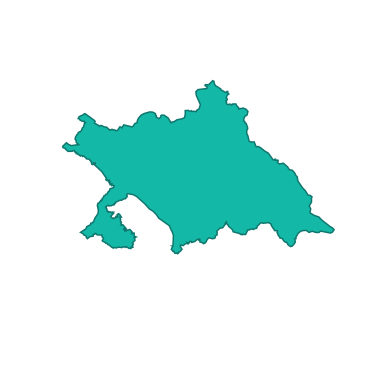 Bandung, Jawa Barat, Indonesia, rotated 218°
{"feature_id": "22746128B73297609500416", "entity_name": "Bandung", "entity_type": "district", "adm_level": 2, "iso_a3": "IDN", "parent_name": "Indonesia", "parent_adm1": "Jawa Barat", "projection": "mercator", "projection_center": [107.664, -7.063], "detail": "fine", "context": "isolated", "style": "filled", "palette": "teal", "viewbox_px": 384, "rotation_deg": 218, "n_neighbors": 0, "source": "geoboundaries", "source_scale": "gbopen_adm2", "svg_char_len": 6106}
<svg xmlns="http://www.w3.org/2000/svg" viewBox="0 0 384 384"><g transform="rotate(218 192 192)"><path d="M255.0,91.6L252.3,92.0L250.7,91.6L248.5,92.2L247.2,91.1L245.7,90.8L245.0,93.9L242.7,96.3L243.7,98.0L242.7,98.6L242.5,100.1L240.3,99.8L236.5,102.6L235.2,101.3L233.1,101.0L232.8,98.4L232.1,98.1L230.2,98.8L228.3,98.5L228.1,99.0L226.9,99.2L225.7,98.7L224.2,99.4L222.7,99.0L219.5,99.3L219.3,100.2L217.2,101.3L216.0,103.3L212.9,105.1L212.3,106.6L211.2,107.1L211.0,107.6L210.1,107.6L210.1,108.5L206.8,108.8L206.3,109.7L205.4,109.8L205.5,110.7L204.7,112.0L205.9,112.0L205.5,113.1L205.9,113.3L206.2,114.9L207.7,115.3L207.1,118.7L208.9,120.4L208.3,122.2L209.5,121.8L209.9,120.9L212.2,124.0L212.9,123.7L213.9,121.9L214.2,122.3L213.6,123.0L214.9,123.3L215.0,123.8L217.9,124.2L220.7,119.9L221.6,120.6L220.9,122.4L221.4,122.5L223.3,120.1L222.5,122.9L226.3,123.6L227.5,122.3L227.5,123.0L228.9,123.7L229.0,124.7L230.8,125.3L231.4,126.5L233.1,127.6L233.1,128.2L232.3,128.7L235.2,129.8L236.7,129.6L237.0,127.8L235.4,127.1L235.9,125.6L236.9,125.9L236.8,123.5L237.0,123.1L237.8,123.1L238.2,122.4L241.0,122.6L240.7,127.1L241.2,127.9L241.8,127.0L242.7,127.1L242.8,126.1L244.5,125.9L245.5,124.5L246.0,125.1L247.1,124.8L247.2,125.3L248.8,125.8L248.9,126.3L250.3,126.4L250.2,127.0L250.8,127.3L249.8,130.0L248.8,129.9L247.0,131.8L246.5,133.3L245.6,133.6L245.4,134.2L245.9,134.4L245.5,136.3L245.9,136.4L245.4,137.8L243.5,141.5L242.3,142.2L241.5,144.8L240.4,145.5L240.2,148.2L240.6,149.0L241.4,149.0L241.8,150.3L241.5,151.2L236.5,153.8L232.9,154.4L221.6,153.6L215.1,152.4L210.9,152.9L206.0,152.2L202.1,150.9L189.3,151.5L181.7,147.6L179.9,146.3L174.1,138.2L173.9,137.7L174.4,137.2L173.7,137.3L173.0,134.1L170.3,133.5L170.1,134.1L167.8,133.2L166.2,134.3L166.2,134.8L165.3,134.6L165.0,135.9L165.5,136.5L164.7,137.9L164.6,140.7L167.9,142.1L168.4,143.1L166.0,144.3L165.2,147.3L164.4,148.3L163.0,148.8L163.0,149.3L164.4,149.4L163.0,150.2L163.1,152.0L161.9,152.6L161.4,152.0L160.8,152.5L159.2,155.0L158.9,157.2L158.0,158.4L157.3,158.3L157.6,159.2L157.0,159.7L155.0,157.5L153.1,158.3L150.9,158.5L150.1,160.7L150.8,164.3L150.3,166.5L147.3,167.6L145.7,169.4L145.6,170.1L146.5,171.7L145.8,173.8L146.9,174.7L147.1,175.5L148.3,176.1L147.8,180.6L145.8,182.7L145.9,187.1L146.5,187.5L146.5,189.5L145.1,188.3L143.6,188.3L142.2,187.5L137.3,187.3L135.0,186.0L129.3,188.4L127.0,188.7L126.7,189.6L126.0,189.4L125.3,190.4L123.6,191.5L124.7,196.7L123.5,197.2L123.2,198.6L121.9,199.8L120.5,200.3L119.9,201.9L118.7,203.1L119.5,205.3L118.8,210.3L116.8,211.1L112.8,215.0L109.7,215.4L108.8,214.4L103.1,212.5L100.9,214.0L99.8,212.2L99.2,212.3L97.6,211.0L95.2,210.5L94.5,209.9L92.3,210.9L89.7,210.0L87.6,209.9L86.4,210.6L83.7,209.5L80.9,209.6L79.7,210.9L79.5,213.9L79.8,216.3L82.2,218.2L81.3,219.2L82.3,220.5L82.9,224.8L82.2,227.9L81.0,229.7L78.3,232.1L74.9,232.2L73.1,235.1L69.4,236.4L67.0,238.3L66.7,240.3L57.6,244.9L56.7,246.6L56.8,249.8L59.3,250.2L61.9,249.8L72.3,249.8L76.7,250.4L81.3,248.8L86.2,248.2L88.2,251.9L91.0,253.1L91.6,257.6L93.8,260.4L94.5,262.1L96.9,262.0L98.7,261.0L103.6,262.8L107.8,263.4L115.4,265.9L118.5,268.8L120.4,269.0L122.7,270.2L125.6,270.8L126.7,270.8L128.9,269.5L132.3,270.7L137.8,270.9L140.1,268.2L141.4,267.7L143.1,268.3L143.3,269.7L143.9,270.0L145.4,268.6L146.4,269.3L146.8,268.9L146.4,268.3L147.9,267.3L155.9,269.6L160.2,269.0L165.2,269.1L167.9,268.6L168.9,267.3L169.6,267.3L173.9,269.8L174.9,268.7L177.1,267.4L178.4,267.3L182.3,270.5L185.0,271.9L186.8,274.3L187.0,276.0L188.3,277.4L191.7,279.4L192.5,279.0L194.0,280.1L195.1,279.9L196.1,281.3L196.9,284.2L196.0,286.5L197.5,289.9L200.3,290.5L203.4,289.6L206.3,286.2L207.4,287.3L209.5,287.4L211.7,288.4L214.3,286.2L214.0,285.8L214.6,284.7L216.3,284.7L217.3,283.1L218.3,282.7L219.3,282.9L220.0,284.1L221.4,284.6L221.0,286.3L221.9,287.2L222.8,287.0L223.5,288.5L223.8,290.2L223.3,291.9L224.8,292.1L225.7,293.2L226.4,292.7L226.2,291.6L227.1,291.1L231.8,290.4L233.0,290.9L238.9,290.3L240.7,290.9L242.9,292.7L244.2,292.5L245.0,286.5L247.1,285.3L247.6,284.4L247.2,283.9L244.4,284.1L244.1,282.6L250.4,276.3L250.7,273.4L248.1,270.8L239.2,266.0L237.6,261.9L238.6,259.2L238.0,258.1L240.8,256.4L241.3,255.6L242.6,255.6L242.7,254.8L243.9,254.1L244.9,254.2L247.5,252.0L245.2,249.2L243.7,245.9L245.1,243.3L248.3,239.7L249.5,236.2L250.7,235.1L251.0,233.6L256.7,235.7L261.4,235.3L263.3,233.9L263.5,232.9L262.8,231.6L263.3,229.4L266.3,229.0L266.9,230.1L267.7,230.1L269.2,231.3L272.2,230.7L274.5,229.2L278.0,224.4L279.4,221.3L279.6,217.3L279.1,214.9L278.0,212.9L279.2,210.6L278.9,207.3L279.5,206.3L287.1,202.9L286.8,199.3L288.1,199.4L289.0,198.8L288.6,194.9L289.7,193.4L291.0,193.4L293.0,192.1L293.5,192.2L294.7,190.8L294.7,190.1L299.4,190.5L301.0,189.3L304.1,188.7L304.9,188.2L305.4,186.7L306.4,187.0L311.3,186.2L311.8,188.0L312.8,188.3L324.4,187.9L325.1,187.4L324.9,186.7L327.3,182.0L326.9,179.8L326.2,180.2L324.2,179.7L323.8,180.1L322.5,180.0L320.5,181.3L320.0,180.8L318.7,181.1L318.9,179.6L317.6,176.6L317.8,175.1L317.0,172.3L317.0,170.8L317.7,170.3L318.2,168.7L317.6,167.3L318.0,166.7L317.6,163.5L316.6,161.6L314.9,161.1L313.6,159.7L310.5,159.6L315.6,154.3L318.2,153.5L321.3,153.5L322.0,148.5L321.6,147.8L320.5,147.6L318.9,148.4L318.2,147.9L314.7,147.7L311.5,150.3L310.7,152.1L308.8,151.4L308.4,151.9L307.9,151.5L307.6,151.8L306.8,151.0L306.4,151.9L305.1,151.4L304.3,152.0L303.9,151.6L302.1,151.7L302.1,152.4L301.4,152.9L300.1,152.6L299.6,153.6L296.5,153.6L295.6,153.1L293.2,154.6L291.1,153.9L290.7,154.2L288.2,152.3L287.3,152.3L286.6,153.3L287.6,154.5L286.4,155.3L285.5,154.8L285.4,153.4L275.3,152.5L268.0,150.1L267.5,148.6L266.4,148.6L266.2,149.4L264.6,148.9L264.7,150.3L262.6,149.5L263.2,148.5L261.0,147.4L260.9,148.5L260.2,149.1L259.8,148.0L259.0,147.6L258.4,148.7L257.1,148.9L256.6,147.0L258.6,144.1L257.8,141.9L258.2,140.5L257.8,138.2L258.4,137.2L258.5,135.3L259.0,134.8L258.4,132.4L258.8,131.7L258.1,130.5L258.5,130.0L258.2,129.8L258.6,129.1L258.1,128.7L258.7,127.9L258.5,126.0L259.2,125.3L258.4,123.2L254.6,120.0L252.8,117.1L252.3,111.1L251.4,108.5L251.6,106.1L252.6,105.0L251.8,103.8L253.6,100.0L252.9,97.7L255.0,91.6Z" fill="#14b8a6" stroke="#0f766e" stroke-width="1.5"/></g></svg>